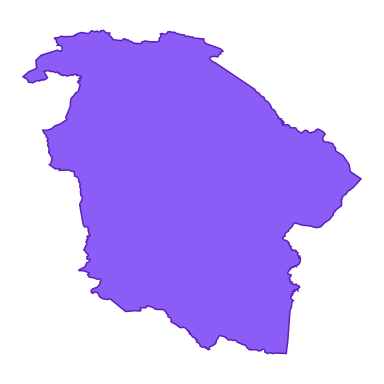 Manorhamilton Lea-6, Leitrim, Ireland
{"feature_id": "5873133B72319523044240", "entity_name": "Manorhamilton Lea-6", "entity_type": "district", "adm_level": 2, "iso_a3": "IRL", "parent_name": "Ireland", "parent_adm1": "Leitrim", "projection": "equal_earth", "projection_center": [-8.199, 54.289], "detail": "fine", "context": "isolated", "style": "filled", "palette": "violet", "viewbox_px": 384, "rotation_deg": 0, "n_neighbors": 0, "source": "geoboundaries", "source_scale": "gbopen_adm2", "svg_char_len": 5793}
<svg xmlns="http://www.w3.org/2000/svg" viewBox="0 0 384 384"><path d="M361.0,178.8L350.3,171.6L349.1,164.6L343.0,155.6L335.6,150.9L335.4,147.6L333.5,145.9L332.9,143.9L331.7,143.1L329.6,143.0L329.3,142.4L326.3,141.9L325.6,142.2L323.7,141.3L322.5,138.3L325.1,133.9L323.1,131.7L318.0,129.0L315.9,130.0L314.6,131.7L311.6,132.3L311.4,132.8L308.8,132.5L307.5,130.9L305.2,130.2L301.4,133.0L297.4,130.7L295.6,127.8L290.3,127.8L289.9,126.2L288.0,124.7L283.0,125.1L283.5,123.9L282.7,124.3L282.1,123.8L284.0,122.6L283.1,121.5L281.7,121.5L282.4,120.5L280.9,119.9L281.4,119.0L278.2,118.4L278.7,117.2L275.8,113.3L275.6,112.0L273.9,109.8L271.6,108.5L270.9,106.0L268.1,102.0L264.7,99.9L264.2,97.5L260.5,95.6L259.2,93.3L256.3,91.9L254.9,89.5L215.3,62.8L211.8,61.2L209.6,58.5L210.6,56.9L214.6,56.3L217.8,56.9L218.9,54.5L220.8,53.8L220.5,52.5L223.0,51.2L221.6,49.6L218.5,48.1L205.7,43.5L203.9,41.5L203.9,38.9L193.7,38.1L193.1,37.0L192.1,37.3L186.9,36.0L185.9,36.5L185.0,36.2L184.2,34.9L178.7,34.3L178.2,33.6L176.0,33.4L174.9,32.3L171.6,32.3L170.5,31.6L170.2,32.0L168.1,31.6L165.9,34.3L162.7,33.9L162.5,33.5L160.4,33.8L161.0,35.4L160.8,36.7L159.4,38.0L159.1,40.8L157.5,41.9L148.7,41.6L145.1,40.9L141.5,42.2L141.6,43.1L140.8,43.7L133.3,43.1L131.7,41.6L129.3,41.1L128.4,40.0L126.6,39.9L124.7,38.7L123.4,38.9L123.1,39.7L121.2,40.6L113.3,39.7L110.6,36.2L109.5,35.8L109.2,34.5L109.8,33.7L109.7,32.9L108.5,33.2L105.6,32.5L103.6,30.4L100.8,30.7L100.2,31.7L98.8,32.1L97.4,31.1L94.6,31.7L91.6,30.7L88.5,33.6L81.3,32.5L77.5,33.7L75.5,34.7L75.9,35.0L75.2,35.5L72.2,36.4L64.1,36.7L61.5,36.2L58.4,37.5L54.6,38.0L54.5,38.4L56.2,39.9L56.7,42.6L57.9,43.6L58.0,44.5L57.3,45.4L60.3,45.3L62.0,46.8L62.0,49.5L61.4,51.3L57.4,50.2L41.2,55.2L35.9,60.3L36.6,68.4L28.7,71.8L23.0,76.8L27.2,79.3L27.8,80.8L28.7,81.2L28.5,82.2L29.4,82.3L32.9,82.7L36.6,80.7L39.9,80.9L40.6,80.0L41.7,80.3L42.0,79.7L42.8,79.5L43.6,80.1L46.1,79.1L47.5,77.6L43.8,71.4L48.8,70.5L49.8,71.5L53.4,71.5L55.5,72.6L57.0,72.1L58.7,73.0L58.7,73.5L59.6,73.4L60.5,74.8L61.7,74.8L62.1,75.4L63.3,75.5L63.9,75.0L67.6,76.1L71.0,74.7L72.2,75.4L73.1,75.1L75.1,74.1L76.6,74.5L76.7,75.5L78.9,75.5L81.5,76.6L81.5,77.3L80.7,78.0L79.0,78.1L78.9,78.5L80.4,80.0L79.7,80.8L78.1,81.0L77.7,82.0L80.2,84.5L78.4,90.8L77.7,92.0L75.6,92.9L74.3,95.1L71.1,98.3L70.4,102.4L70.3,106.3L65.8,117.4L66.9,119.6L60.1,124.0L54.8,125.9L51.6,128.8L46.9,130.3L42.8,130.1L44.2,133.3L45.9,134.6L46.1,136.6L48.1,138.8L47.1,140.6L48.3,143.3L47.6,145.3L49.2,148.7L48.7,152.5L50.2,154.4L51.2,156.7L52.1,157.3L51.6,161.0L50.0,164.7L49.5,164.8L55.2,168.9L59.8,168.6L59.2,170.4L68.6,170.0L72.0,171.4L74.0,171.5L73.8,171.9L74.7,174.3L74.4,175.9L77.7,177.4L78.7,179.3L78.6,181.4L80.0,183.6L79.9,187.3L80.8,189.4L80.4,191.6L80.9,195.7L82.4,196.0L81.9,199.9L80.1,203.1L79.7,204.9L79.9,206.1L80.4,206.1L80.3,208.4L83.3,224.9L84.8,227.0L87.2,226.8L88.3,227.4L88.0,228.8L88.5,230.5L88.1,231.0L88.7,231.7L89.0,234.1L90.3,234.9L89.7,235.9L87.2,236.1L87.1,237.1L88.3,237.3L87.6,238.0L87.6,239.2L86.8,239.8L87.4,240.1L86.0,241.7L86.5,242.0L86.7,244.0L83.8,249.9L85.4,250.8L85.5,252.0L88.3,254.8L88.3,255.7L86.9,256.7L87.5,257.4L86.8,258.3L86.9,259.0L90.1,259.7L88.7,262.0L86.9,262.6L84.9,266.9L79.0,269.8L79.0,270.6L83.8,270.8L88.9,272.7L89.1,273.9L87.6,274.4L88.6,276.5L89.5,277.1L94.0,277.9L97.3,279.3L99.6,278.8L101.0,280.2L100.2,281.5L99.8,284.0L97.9,286.5L96.8,287.4L92.6,288.9L91.2,290.4L91.0,291.8L92.5,293.4L95.2,292.0L97.7,292.7L99.5,296.7L102.9,298.8L107.4,299.5L110.1,298.8L125.6,311.5L134.6,310.7L140.1,311.0L140.9,310.3L140.4,307.7L145.3,307.9L146.4,307.3L146.8,305.7L152.2,307.1L155.9,309.4L163.5,309.6L166.5,312.7L166.5,313.6L168.4,314.6L167.8,315.9L168.0,316.7L170.7,318.0L171.4,320.0L170.9,321.1L171.6,322.2L177.5,325.4L177.6,325.9L180.5,327.7L183.4,327.3L185.8,328.2L187.3,330.4L188.9,331.1L188.7,331.5L189.9,332.4L189.2,332.8L189.8,333.2L189.6,333.9L190.5,334.0L192.6,336.9L195.8,338.5L195.8,339.7L196.7,339.8L197.0,340.5L196.5,342.0L198.5,343.0L200.0,344.5L200.0,345.8L202.3,347.3L205.5,347.0L205.6,348.1L207.3,348.5L207.5,349.2L208.5,349.7L209.6,349.1L209.2,347.6L210.0,346.7L213.1,345.4L215.3,343.8L216.1,342.6L216.2,340.9L219.4,335.5L224.6,336.7L228.8,340.2L231.1,339.8L233.1,340.5L235.2,340.0L237.5,342.2L243.3,344.8L245.5,345.1L247.3,348.1L249.2,349.2L249.4,349.8L256.2,349.7L258.7,350.9L261.1,350.6L262.5,349.2L264.1,349.2L264.7,350.1L265.0,352.3L268.0,353.6L269.7,352.6L272.7,353.6L276.2,353.0L286.2,353.5L287.8,340.8L290.0,310.1L291.4,307.4L291.9,302.2L293.3,300.6L291.0,298.9L291.0,296.8L291.7,295.8L291.2,295.1L292.4,295.0L292.1,294.1L293.4,293.3L292.5,291.6L294.6,291.4L293.8,290.7L294.6,289.5L295.7,290.1L296.7,289.3L297.9,290.6L297.9,288.6L299.7,287.3L299.2,286.0L297.4,285.6L296.2,284.1L293.8,284.8L292.5,283.3L291.7,283.4L292.1,282.2L289.8,281.5L290.3,280.2L289.4,278.7L289.6,277.6L290.5,276.6L290.9,275.4L291.8,275.5L290.5,274.6L288.0,274.1L287.9,272.1L290.8,268.7L290.5,268.2L291.6,267.8L291.6,267.2L293.5,267.3L293.8,266.6L295.2,266.1L295.8,266.5L295.6,265.8L296.6,265.9L297.7,265.2L297.5,264.7L298.6,264.4L300.1,262.2L299.8,261.8L300.6,258.8L300.0,257.4L298.9,258.0L298.8,257.4L299.7,256.2L298.3,255.9L297.6,255.0L298.0,252.8L295.8,251.4L296.1,250.5L294.4,250.1L292.7,250.6L292.2,249.5L291.3,249.3L290.7,247.8L291.3,246.7L289.2,245.2L289.5,244.2L289.0,243.9L289.0,242.9L287.0,240.9L283.9,239.9L282.6,238.6L283.1,237.2L285.1,236.2L284.9,234.3L285.5,232.9L288.4,231.2L288.9,229.5L291.3,227.5L294.5,222.7L301.6,225.0L310.1,226.0L316.5,227.7L320.8,226.8L324.7,222.7L329.5,219.6L333.2,214.9L333.7,212.4L334.5,212.0L336.4,209.5L341.5,205.7L341.7,204.5L341.3,204.0L341.7,202.9L341.2,201.7L341.7,200.3L341.3,199.6L342.2,198.7L342.8,196.2L346.2,193.9L348.1,191.0L350.4,189.9L350.4,189.4L353.3,187.5L354.2,186.0L355.2,185.4L361.0,178.8Z" fill="#8b5cf6" stroke="#5b21b6" stroke-width="1.5"/></svg>